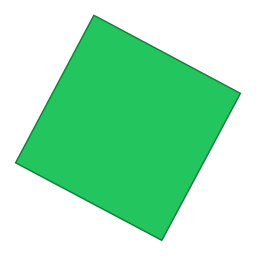 outline of Roberts, Texas, United States of America, rotated 118°
{"feature_id": "52423323B43933736406095", "entity_name": "Roberts", "entity_type": "district", "adm_level": 2, "iso_a3": "USA", "parent_name": "United States of America", "parent_adm1": "Texas", "projection": "natural_earth1", "projection_center": [-100.882, 35.838], "detail": "fine", "context": "isolated", "style": "filled", "palette": "green", "viewbox_px": 256, "rotation_deg": 118, "n_neighbors": 0, "source": "geoboundaries", "source_scale": "gbopen_adm2", "svg_char_len": 257}
<svg xmlns="http://www.w3.org/2000/svg" viewBox="0 0 256 256"><g transform="rotate(118 128 128)"><path d="M44.7,45.9L44.5,208.6L44.6,211.0L211.5,210.9L211.3,45.5L209.3,45.4L44.7,45.0L44.7,45.9Z" fill="#22c55e" stroke="#15803d" stroke-width="1.5"/></g></svg>